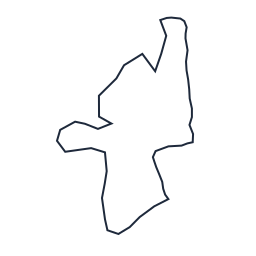 outline of Mousoulita, Cyprus, rotated 262°
{"feature_id": "46923920B47977238929858", "entity_name": "Mousoulita", "entity_type": "district", "adm_level": 2, "iso_a3": "CYP", "parent_name": "Cyprus", "parent_adm1": "", "projection": "equal_earth", "projection_center": [33.644, 35.193], "detail": "fine", "context": "isolated", "style": "outline", "palette": "slate", "viewbox_px": 256, "rotation_deg": 262, "n_neighbors": 0, "source": "geoboundaries", "source_scale": "gbopen_adm2", "svg_char_len": 854}
<svg xmlns="http://www.w3.org/2000/svg" viewBox="0 0 256 256"><g transform="rotate(262 128 128)"><path d="M52.0,158.1L56.9,155.5L62.9,154.4L69.9,154.4L77.7,152.5L85.4,150.5L91.1,149.4L95.7,148.6L101.3,152.1L104.2,165.5L103.1,178.6L104.5,184.7L104.9,190.1L113.0,191.6L122.5,189.3L129.9,192.8L138.4,194.0L148.6,193.2L157.8,194.0L167.7,194.3L176.9,194.0L185.7,194.7L196.7,197.8L208.7,197.4L213.6,198.2L219.6,200.1L226.0,198.6L229.1,195.1L231.3,186.3L231.6,181.7L230.4,175.0L214.0,178.7L196.8,171.2L180.4,162.8L199.4,152.5L190.7,132.8L178.7,123.4L164.0,103.7L143.3,100.9L134.7,112.2L131.3,98.1L138.2,85.9L141.6,76.5L135.6,60.6L125.2,55.9L113.2,62.5L113.2,77.5L113.2,88.7L107.1,101.8L88.2,100.9L76.1,97.2L62.3,92.5L52.8,92.5L40.8,92.5L29.6,93.4L24.4,103.7L29.6,115.9L38.2,127.2L46.8,143.1L52.0,158.1Z" fill="none" stroke="#1e293b" stroke-width="2"/></g></svg>